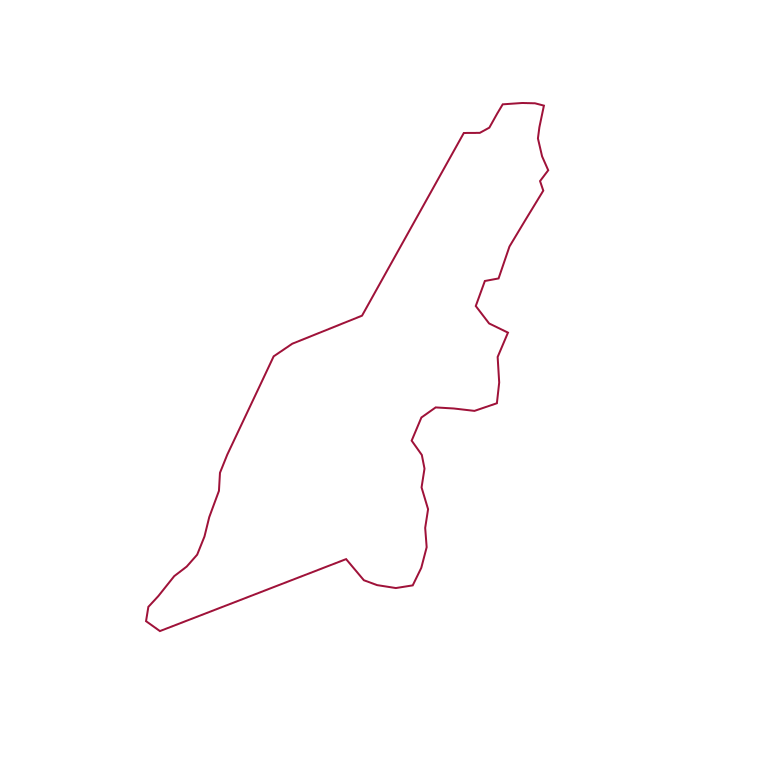 outline of Belapais, Cyprus, rotated 116°
{"feature_id": "46923920B81569607832165", "entity_name": "Belapais", "entity_type": "district", "adm_level": 2, "iso_a3": "CYP", "parent_name": "Cyprus", "parent_adm1": "", "projection": "mercator", "projection_center": [33.345, 35.303], "detail": "fine", "context": "isolated", "style": "outline", "palette": "rose", "viewbox_px": 768, "rotation_deg": 116, "n_neighbors": 0, "source": "geoboundaries", "source_scale": "gbopen_adm2", "svg_char_len": 867}
<svg xmlns="http://www.w3.org/2000/svg" viewBox="0 0 768 768"><g transform="rotate(116 384 384)"><path d="M123.4,422.3L332.2,433.7L388.0,484.1L407.5,495.3L435.4,494.9L516.2,493.9L535.7,492.5L552.4,485.5L566.4,484.1L580.3,482.7L599.8,478.5L619.3,477.1L634.6,481.3L648.6,488.3L673.7,493.9L687.6,498.1L701.5,493.9L704.3,477.1L558.0,341.3L569.2,316.1L567.8,302.1L562.2,283.9L552.4,269.9L532.9,269.9L512.0,274.1L495.3,283.9L477.2,289.5L460.5,304.9L442.3,310.5L431.2,318.9L422.8,334.3L397.7,335.7L382.4,327.3L375.4,310.5L368.5,290.9L351.8,274.1L332.2,281.1L309.9,293.7L283.5,295.1L283.5,316.1L273.7,335.7L247.2,338.5L238.9,327.3L205.4,331.5L173.4,328.7L140.4,325.6L133.2,332.7L119.9,330.1L110.1,341.7L95.8,353.3L85.1,356.9L63.7,362.3L65.5,371.3L70.8,382.9L80.6,399.9L91.3,400.8L107.4,401.7L116.3,408.0L123.4,422.3Z" fill="none" stroke="#9f1239" stroke-width="2"/></g></svg>